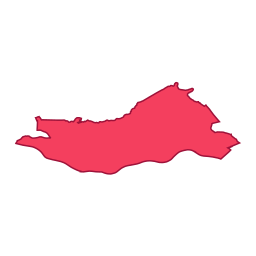 Buren, Gelderland, Netherlands, rotated 181°
{"feature_id": "6326949B23052371147455", "entity_name": "Buren", "entity_type": "district", "adm_level": 2, "iso_a3": "NLD", "parent_name": "Netherlands", "parent_adm1": "Gelderland", "projection": "robinson", "projection_center": [5.42, 51.93], "detail": "fine", "context": "isolated", "style": "filled", "palette": "rose", "viewbox_px": 256, "rotation_deg": 181, "n_neighbors": 0, "source": "geoboundaries", "source_scale": "gbopen_adm2", "svg_char_len": 5616}
<svg xmlns="http://www.w3.org/2000/svg" viewBox="0 0 256 256"><g transform="rotate(181 128 128)"><path d="M152.5,134.0L153.8,133.6L154.9,133.6L155.6,133.8L156.4,133.7L156.8,133.5L157.1,132.8L157.4,132.7L157.6,132.6L157.9,132.6L158.5,132.7L159.5,133.0L160.1,132.8L160.9,132.7L161.7,132.9L162.5,133.0L163.2,133.5L164.6,134.0L165.6,134.3L165.9,134.4L166.8,134.3L168.4,135.2L170.9,133.6L171.7,133.9L172.5,133.2L172.9,133.3L175.7,133.5L175.3,132.8L175.8,132.7L177.7,132.0L178.3,132.6L175.8,133.5L176.3,134.4L176.4,134.7L176.5,135.1L175.1,135.1L174.8,136.8L176.1,137.2L177.0,137.4L178.3,137.4L179.2,137.3L179.6,137.1L180.7,136.1L181.1,135.6L181.4,134.9L182.2,134.0L182.4,133.5L182.5,133.4L182.9,133.3L183.1,133.3L184.0,133.7L184.3,133.7L185.3,133.5L185.6,133.3L186.0,132.9L187.1,132.7L187.4,132.9L188.1,133.6L188.8,134.0L189.3,134.1L190.1,134.0L190.5,134.1L190.8,134.2L191.3,134.7L192.0,134.8L192.9,134.8L193.9,134.7L199.1,134.6L213.6,134.7L214.6,134.6L214.9,134.8L215.3,135.6L216.3,137.0L216.6,137.2L217.1,137.4L217.2,137.5L217.2,137.8L218.4,137.5L218.9,137.3L219.8,136.7L220.0,136.6L220.5,136.6L219.9,135.1L219.1,133.4L218.9,133.5L218.7,133.6L218.6,131.6L218.7,127.7L218.8,125.5L218.8,124.6L218.8,124.2L218.1,124.2L216.0,124.3L215.1,124.2L212.1,122.9L210.4,122.4L209.6,121.9L208.7,121.3L208.0,120.5L207.5,119.9L206.2,117.9L205.4,117.0L205.4,116.9L205.8,116.6L207.0,116.7L208.6,116.5L209.6,116.5L211.4,116.7L214.4,117.6L215.7,117.6L216.5,117.5L217.4,117.1L218.6,116.8L220.6,116.4L223.0,116.2L223.5,116.3L224.9,116.9L226.2,117.6L226.7,118.1L226.9,118.1L227.9,118.3L229.4,118.0L229.9,118.2L230.3,118.2L231.4,117.8L231.8,117.7L232.9,117.4L233.2,117.1L233.2,116.9L233.6,116.6L233.9,116.4L234.8,115.2L235.0,115.0L237.6,113.7L238.2,113.5L238.5,113.4L238.5,113.2L238.3,113.1L239.4,111.5L239.8,110.6L232.7,109.0L225.2,107.9L223.4,107.6L221.5,107.0L220.6,106.6L218.9,105.8L217.9,105.2L216.8,104.5L215.8,103.7L214.9,103.0L213.3,101.2L211.7,99.0L211.1,98.3L210.5,97.6L209.7,97.1L208.9,96.6L208.0,96.3L207.0,96.0L202.9,95.0L199.7,94.4L197.4,93.9L194.6,93.3L191.7,92.3L189.8,91.4L188.8,90.8L184.1,87.8L181.3,86.4L178.4,85.1L176.3,84.3L174.5,83.9L174.7,83.5L173.6,83.4L171.6,83.4L166.2,84.2L165.5,84.2L163.2,84.1L159.4,83.7L155.7,83.6L153.8,83.6L152.9,83.4L150.7,82.6L148.8,82.1L147.7,81.9L146.5,81.8L145.8,81.8L144.3,81.8L143.0,82.1L141.2,82.6L139.8,83.1L138.4,84.0L134.9,86.9L133.9,87.7L132.1,88.7L130.0,89.7L127.5,90.4L124.3,91.0L124.0,91.2L123.8,91.1L120.1,91.9L118.3,92.3L116.1,93.0L112.9,94.3L111.6,94.7L110.4,95.0L108.4,95.4L107.1,95.5L105.6,95.6L103.8,95.5L100.9,95.2L96.8,94.3L95.5,94.1L94.0,94.1L92.8,94.1L91.3,94.3L90.0,94.6L89.0,94.8L87.6,95.4L86.5,96.0L85.4,96.6L84.4,97.3L83.1,98.6L82.1,99.8L80.6,101.3L78.7,103.1L77.6,104.0L76.7,104.7L75.3,105.4L73.9,105.9L71.5,106.6L69.1,107.1L67.9,107.3L65.7,107.2L64.6,107.0L63.5,106.7L60.8,105.5L61.0,105.4L56.8,102.8L55.3,102.1L54.4,101.8L53.5,101.6L51.7,101.3L49.8,101.2L46.8,101.0L45.1,100.8L42.6,100.5L39.5,99.9L37.7,99.6L36.0,99.1L34.6,98.6L26.9,105.7L24.9,107.8L26.5,109.1L27.9,109.9L26.5,110.5L26.2,110.2L24.2,111.1L24.6,111.4L23.7,111.7L16.2,115.0L17.6,115.9L18.6,116.7L19.1,117.8L19.5,118.6L20.3,119.0L20.8,119.2L21.6,119.9L23.5,121.3L24.5,122.2L24.8,122.8L24.8,123.1L24.7,123.2L24.7,123.3L24.9,123.2L25.1,123.3L27.9,124.2L29.8,124.7L30.0,124.6L31.4,125.1L32.9,125.5L38.4,125.6L40.4,125.1L41.5,125.1L41.8,125.7L42.6,126.2L43.4,126.7L44.1,127.2L44.4,127.5L44.7,128.0L45.1,128.6L45.1,128.8L45.2,129.2L45.2,129.8L44.8,130.7L44.6,131.7L44.5,132.0L44.3,132.5L44.2,133.1L44.2,133.8L43.3,134.2L36.7,135.9L42.7,142.7L45.1,145.8L45.8,146.7L46.8,148.1L49.2,150.7L49.8,151.2L50.4,152.2L50.5,152.3L52.1,151.1L55.3,153.1L56.5,154.3L56.6,154.2L56.8,154.1L57.2,154.5L57.5,154.6L57.6,154.8L57.8,154.8L58.2,155.3L58.2,155.5L58.5,155.5L59.5,155.2L59.8,155.2L60.1,155.2L60.7,155.6L62.1,155.8L63.1,156.7L63.6,157.1L65.1,157.7L65.4,157.9L65.7,158.4L66.4,158.7L67.2,159.5L68.0,160.7L68.6,161.0L69.0,161.4L69.1,161.6L69.1,162.0L69.0,162.9L69.0,163.2L68.5,163.7L68.1,164.2L67.9,164.3L67.2,164.4L66.9,164.5L66.4,165.1L65.4,165.4L64.7,165.8L64.4,166.1L63.9,166.7L63.5,167.3L63.4,167.8L63.5,168.1L63.6,168.3L64.1,168.6L64.6,168.7L65.0,168.6L66.3,168.0L67.6,167.7L68.5,167.2L70.2,166.9L71.2,166.7L71.5,166.7L72.5,166.9L75.8,167.3L76.9,167.5L78.0,168.0L78.4,168.5L78.5,168.7L78.6,169.1L79.0,169.7L79.4,170.6L79.5,171.0L79.0,172.0L78.9,172.7L79.0,173.4L79.0,173.6L79.6,174.0L80.5,174.2L81.0,174.1L81.4,173.6L81.9,173.3L82.0,173.1L82.3,172.4L82.5,171.4L82.7,171.1L83.2,170.8L83.4,170.7L83.8,170.7L84.6,171.1L85.8,171.2L86.2,171.1L86.3,171.0L86.6,170.6L87.0,170.4L87.9,170.3L88.5,170.4L92.4,168.0L92.7,167.6L94.0,166.9L94.3,166.9L99.7,163.8L102.2,162.3L102.3,162.2L107.5,159.1L107.4,159.0L107.7,158.8L107.8,158.9L109.4,157.9L113.8,155.2L114.3,155.1L115.9,154.3L117.1,154.0L117.3,153.9L118.4,153.7L118.6,153.6L118.9,153.0L119.4,152.5L119.5,152.2L119.6,151.9L119.6,151.0L119.7,150.9L120.2,150.7L120.5,150.4L121.3,149.3L121.5,149.1L121.5,148.9L121.5,148.3L121.6,148.1L121.8,147.9L122.1,147.8L122.9,147.7L124.0,147.1L124.5,146.5L125.0,145.9L125.1,145.6L125.0,145.1L125.0,144.9L125.2,144.6L125.7,144.3L125.8,144.1L125.8,143.9L125.8,143.5L125.8,143.1L125.9,142.7L126.1,142.5L127.4,141.9L128.7,141.6L130.0,141.6L130.7,141.3L131.4,141.0L131.9,140.6L132.1,140.4L132.7,139.0L133.0,138.8L133.7,138.4L135.5,137.5L136.1,137.3L137.1,137.1L138.0,137.1L138.9,137.2L139.4,137.2L139.8,137.0L141.0,135.7L141.4,135.4L142.0,135.3L143.1,135.2L145.0,135.3L146.0,135.1L147.2,134.8L147.5,134.9L148.7,135.5L149.2,135.5L149.7,135.3L150.6,134.7L151.0,134.4L152.5,134.0Z" fill="#f43f5e" stroke="#9f1239" stroke-width="1.5"/></g></svg>